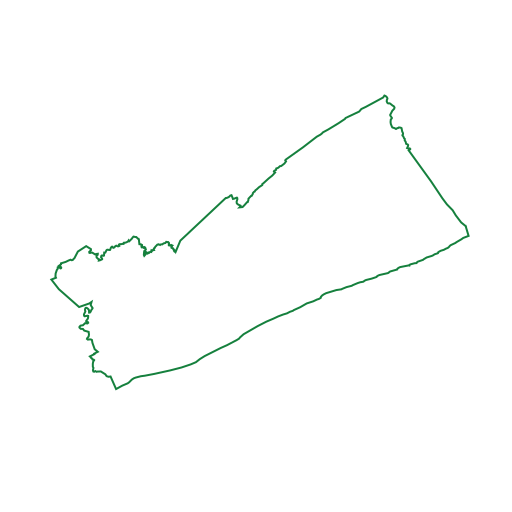 the district of Umkhanyakude, KwaZulu-Natal, South Africa, rotated 54°
{"feature_id": "47623444B87808740966359", "entity_name": "Umkhanyakude", "entity_type": "district", "adm_level": 2, "iso_a3": "ZAF", "parent_name": "South Africa", "parent_adm1": "KwaZulu-Natal", "projection": "equal_earth", "projection_center": [32.054, -27.662], "detail": "fine", "context": "isolated", "style": "outline", "palette": "green", "viewbox_px": 512, "rotation_deg": 54, "n_neighbors": 0, "source": "geoboundaries", "source_scale": "gbopen_adm2", "svg_char_len": 6052}
<svg xmlns="http://www.w3.org/2000/svg" viewBox="0 0 512 512"><g transform="rotate(54 256 256)"><path d="M268.0,444.5L281.4,447.4L282.3,440.3L283.6,434.6L283.6,432.9L283.0,429.1L283.1,426.8L283.6,424.9L285.6,419.8L287.5,416.3L291.6,407.6L298.1,392.7L302.4,381.8L305.3,372.6L306.6,367.0L306.4,362.1L306.8,356.3L309.7,338.5L311.1,331.9L312.7,320.8L312.9,318.1L312.5,317.1L312.0,312.0L313.7,295.8L315.2,286.2L316.9,278.8L317.9,273.6L319.3,268.4L320.6,264.7L321.1,261.3L322.0,258.4L322.0,257.1L323.4,250.4L324.2,242.8L326.3,236.4L327.1,232.1L327.7,230.4L327.9,228.2L327.2,227.5L326.8,225.6L326.9,223.5L327.3,221.1L330.8,211.0L333.2,206.4L333.2,205.8L334.4,201.0L336.4,196.0L336.4,195.1L337.7,189.6L338.5,187.1L339.8,184.5L339.9,183.9L339.8,182.7L340.1,181.1L342.3,175.7L343.4,172.2L343.8,170.8L343.5,169.6L343.9,167.4L347.3,159.5L347.5,158.6L347.3,157.5L347.4,156.5L349.9,149.7L349.5,149.3L349.4,148.8L349.4,147.6L349.7,145.9L353.4,137.9L353.9,137.5L353.4,136.9L353.6,135.8L355.1,131.9L356.1,130.3L355.7,129.4L355.7,128.4L357.3,123.1L357.2,122.3L357.5,118.8L359.2,113.9L359.5,112.7L359.6,110.5L360.6,107.4L360.6,107.0L360.1,106.5L360.1,105.2L360.4,103.3L361.4,100.4L361.7,98.0L362.2,96.1L362.1,94.6L361.7,93.0L361.7,92.0L362.7,86.8L362.6,86.0L363.2,80.0L363.2,77.7L364.7,72.2L355.3,68.9L355.3,69.1L355.3,68.9L354.7,68.9L349.4,70.3L340.6,70.5L334.6,70.0L326.4,71.2L318.9,71.3L298.5,70.5L260.3,70.4L260.3,68.5L260.1,68.3L259.3,68.4L258.8,69.4L257.5,70.3L256.5,68.5L255.7,67.7L255.0,67.7L253.5,68.6L251.3,67.7L250.0,67.8L248.7,66.8L247.8,67.0L245.7,66.5L244.6,66.7L244.2,66.4L243.9,65.5L243.1,64.9L241.1,64.5L238.1,63.1L237.3,63.5L236.0,64.8L236.0,65.8L235.6,66.5L235.6,67.9L235.4,68.2L234.2,68.6L232.2,70.1L231.5,70.1L228.4,69.3L226.7,68.4L224.8,66.7L224.5,65.3L224.2,64.9L221.3,64.8L220.7,64.5L218.6,60.3L218.1,57.6L217.2,56.6L215.9,56.5L214.5,57.1L212.2,57.7L211.1,58.1L210.2,59.4L209.1,59.7L207.6,59.3L206.5,58.2L206.1,57.4L205.7,57.0L204.5,56.8L202.8,57.1L201.7,57.8L202.5,60.0L199.9,79.5L199.0,84.4L199.8,87.6L197.0,102.4L197.4,103.5L197.1,111.1L196.1,123.3L195.3,129.2L195.6,130.5L195.7,132.5L195.2,136.7L195.7,154.1L195.5,174.5L195.6,175.7L195.8,176.1L197.1,176.1L197.9,178.7L198.0,182.2L198.0,182.8L197.4,183.8L197.7,186.1L197.1,188.2L198.1,189.1L197.8,191.2L198.2,191.9L199.7,191.5L200.5,195.6L200.7,200.1L201.5,207.4L201.5,208.6L202.3,209.3L202.1,212.9L202.5,216.3L202.5,217.9L203.1,219.2L202.9,219.9L203.3,221.6L203.9,222.1L204.8,224.2L204.5,224.6L205.2,228.4L206.3,229.3L207.5,231.0L207.2,231.5L208.1,235.6L208.5,238.1L207.0,240.7L206.8,239.6L206.2,238.9L203.9,240.2L202.2,240.6L200.8,239.9L199.1,237.7L198.1,237.1L197.6,237.1L197.4,237.4L196.9,239.6L196.3,241.1L194.2,240.5L192.4,240.1L192.0,241.2L192.3,242.9L192.1,244.6L191.6,246.1L191.3,246.4L199.1,308.2L205.3,318.4L204.9,318.3L204.5,318.8L204.0,318.8L204.2,319.3L203.8,319.3L203.7,318.6L203.4,318.8L203.1,318.6L202.4,318.9L201.7,318.6L201.2,318.9L200.8,318.7L200.2,319.2L199.8,319.5L199.2,319.1L198.9,319.2L198.5,318.8L198.6,318.2L198.2,318.0L198.2,317.6L197.1,318.2L197.1,318.9L196.6,319.4L196.7,319.7L196.3,320.2L195.9,320.2L195.6,319.9L195.7,319.7L194.4,318.8L194.0,319.0L193.7,318.8L193.0,318.9L192.3,320.0L191.8,320.3L192.2,321.7L191.5,323.3L191.5,325.1L191.0,325.6L190.6,326.5L190.7,327.1L189.3,327.9L189.3,328.4L188.9,328.8L188.8,329.3L189.1,330.5L189.3,332.0L190.0,333.4L189.8,333.9L190.3,334.8L191.2,335.0L190.8,335.7L190.8,336.3L190.5,336.2L190.4,337.0L190.0,337.2L190.7,337.9L190.5,338.1L190.6,338.6L190.9,338.7L190.5,339.1L190.4,339.9L190.6,340.3L190.3,340.5L190.0,340.8L190.4,341.3L190.3,342.4L189.3,342.9L189.3,343.6L189.1,343.9L189.6,343.8L189.7,345.5L190.0,345.4L190.2,346.3L189.2,346.1L186.9,344.1L186.9,343.7L187.5,342.8L186.3,343.1L186.0,341.3L185.1,341.0L184.5,341.3L184.0,340.7L183.2,341.0L183.2,342.1L182.5,342.1L182.4,342.4L181.9,342.4L182.0,343.1L181.8,343.4L181.1,343.2L180.9,342.6L180.5,342.6L180.4,341.9L180.1,341.7L178.8,342.3L177.9,343.4L173.7,341.0L173.1,340.9L172.8,341.3L170.3,341.7L170.0,342.2L168.3,343.7L168.5,344.9L169.0,346.2L169.6,350.1L169.4,350.3L168.6,350.1L169.0,351.1L168.8,352.6L168.5,353.7L167.6,355.1L167.7,355.4L168.1,355.5L168.4,356.0L167.8,356.7L167.3,357.9L166.2,359.5L166.2,360.2L167.5,360.6L167.4,361.4L167.0,362.1L165.5,363.0L165.4,364.4L165.8,365.4L165.6,366.5L164.9,366.9L164.1,366.7L163.8,367.0L163.8,367.8L164.1,368.7L165.3,370.4L164.9,371.2L163.7,372.3L163.4,373.0L163.5,373.7L164.7,375.9L164.0,376.8L166.3,378.7L166.0,379.6L165.0,380.2L165.0,381.1L165.9,382.1L167.6,382.0L168.2,382.4L167.8,384.6L167.3,385.8L166.6,385.0L166.2,385.0L166.1,385.3L163.5,385.8L162.0,384.9L162.0,383.4L161.2,382.7L160.4,384.2L160.0,385.3L157.0,386.5L156.5,387.1L156.1,388.3L155.6,388.9L154.7,388.6L154.3,386.1L153.4,385.5L148.2,387.6L147.7,397.5L151.1,404.3L151.1,405.1L151.5,406.6L151.1,407.6L150.0,408.2L149.5,410.1L148.9,413.5L147.3,418.1L148.1,418.6L148.1,421.0L149.8,420.3L151.1,420.5L151.3,420.9L151.2,421.4L150.8,421.6L149.3,421.5L148.6,422.6L148.6,423.1L149.7,423.7L150.2,425.3L152.4,428.4L154.7,430.3L156.0,430.6L154.8,435.4L167.0,435.0L193.3,429.1L196.4,418.8L196.5,416.1L198.2,418.2L198.7,418.6L202.1,418.8L202.5,419.5L202.8,420.7L203.9,422.7L204.1,423.7L203.7,424.3L201.7,423.0L200.4,422.9L199.0,423.2L198.3,423.6L197.9,424.1L198.0,424.8L198.6,425.6L199.2,426.1L200.6,426.7L202.1,429.5L203.3,430.2L204.1,430.0L205.2,427.5L205.8,427.0L206.9,427.8L207.8,428.8L208.8,431.7L209.4,431.8L210.9,430.8L211.4,431.0L211.5,432.0L209.9,433.8L210.3,436.7L209.2,438.9L209.5,440.4L210.1,440.9L211.9,440.6L213.3,438.9L215.4,438.8L219.0,436.0L221.4,437.3L222.8,438.8L223.3,440.9L223.7,441.5L224.8,441.2L225.8,439.4L226.5,438.6L227.5,438.1L230.2,439.4L236.6,441.3L240.5,440.3L239.9,444.3L240.4,444.4L239.6,449.4L240.8,449.2L241.6,449.3L242.4,448.9L243.5,449.1L244.3,448.3L245.1,448.1L245.3,448.3L245.2,448.6L245.5,449.5L247.3,451.4L249.7,453.1L251.0,453.3L252.5,455.0L253.8,455.5L254.5,455.0L254.6,453.7L256.0,453.0L256.3,452.2L258.2,449.4L263.2,447.4L265.1,447.5L265.7,447.3L267.1,446.2L268.0,444.5Z" fill="none" stroke="#15803d" stroke-width="2"/></g></svg>